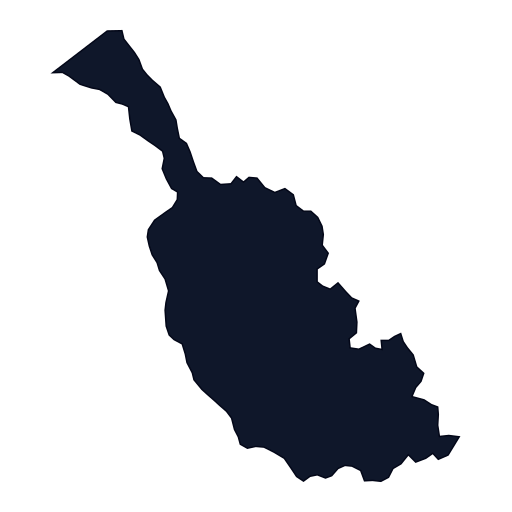 Cumbe, Sergipe, Brazil
{"feature_id": "56859067B88215085586778", "entity_name": "Cumbe", "entity_type": "district", "adm_level": 2, "iso_a3": "BRA", "parent_name": "Brazil", "parent_adm1": "Sergipe", "projection": "robinson", "projection_center": [-37.197, -10.328], "detail": "fine", "context": "isolated", "style": "filled", "palette": "ink", "viewbox_px": 512, "rotation_deg": 0, "n_neighbors": 0, "source": "geoboundaries", "source_scale": "gbopen_adm2", "svg_char_len": 2028}
<svg xmlns="http://www.w3.org/2000/svg" viewBox="0 0 512 512"><path d="M338.0,282.9L330.2,289.2L322.6,286.1L317.1,281.8L317.1,269.0L324.4,263.9L328.2,253.2L322.2,245.2L323.3,234.5L322.0,226.2L317.7,217.4L310.8,211.2L303.5,211.2L296.1,205.6L293.3,194.8L284.9,188.6L274.8,192.5L264.8,187.7L257.0,178.1L249.0,177.4L243.5,182.1L236.5,176.7L231.0,183.8L220.5,184.5L211.7,178.1L203.4,177.8L196.9,171.5L193.3,161.6L190.1,152.0L186.4,143.4L179.3,138.3L177.2,127.9L175.9,119.9L170.9,110.8L167.9,103.7L164.3,97.3L160.2,87.1L152.2,80.2L146.9,74.8L142.4,69.2L138.9,59.6L134.4,52.5L129.2,45.9L123.9,39.1L121.9,30.7L107.2,31.0L52.8,72.7L62.5,72.4L68.9,76.0L80.1,84.3L91.5,87.9L99.5,89.4L107.9,94.2L115.9,102.4L122.2,104.0L128.5,106.7L129.8,118.8L131.9,131.0L140.0,135.0L148.2,140.9L154.6,145.2L162.6,151.2L164.3,158.3L162.2,168.7L166.4,178.9L171.6,188.5L177.6,192.0L177.3,199.6L172.4,207.6L166.0,212.0L154.6,220.2L148.4,229.7L147.3,237.0L149.3,246.0L152.2,254.8L157.1,262.6L159.5,270.5L165.1,279.0L168.6,290.9L166.0,302.4L165.1,310.2L166.2,326.1L169.2,335.0L174.1,339.6L182.2,343.9L185.3,354.0L187.0,362.6L192.3,372.8L194.0,379.8L202.0,389.5L207.3,394.3L214.5,400.6L219.4,405.1L226.5,411.3L231.6,418.1L234.5,429.5L238.3,436.8L240.3,444.2L247.4,448.2L255.7,446.4L264.0,447.1L274.1,452.2L284.3,458.3L291.3,468.5L296.6,476.5L303.5,481.1L310.0,476.3L317.3,474.8L325.5,478.0L331.7,475.7L338.0,468.5L344.9,465.4L352.0,466.1L360.7,470.5L364.5,480.8L372.5,480.4L380.9,481.3L388.5,477.3L393.0,468.5L401.0,463.8L408.3,454.7L415.7,462.1L425.7,458.3L432.8,453.3L438.3,459.3L448.1,455.0L454.4,444.7L459.2,436.8L448.8,435.5L439.4,436.5L437.7,425.2L438.3,414.5L437.7,407.0L431.3,404.6L424.1,399.9L411.9,396.6L415.7,387.5L421.0,381.3L423.7,373.3L416.7,366.9L413.2,355.0L407.2,347.6L403.2,341.6L400.7,333.6L394.5,336.5L388.8,340.4L381.2,340.4L382.1,349.5L375.3,348.2L369.6,344.1L358.9,349.2L350.1,347.9L349.1,338.8L356.4,332.8L356.9,322.1L355.0,308.2L358.8,301.1L351.6,297.9L346.0,292.0L338.0,282.9Z" fill="#0f172a" stroke="#020617" stroke-width="1.5"/></svg>